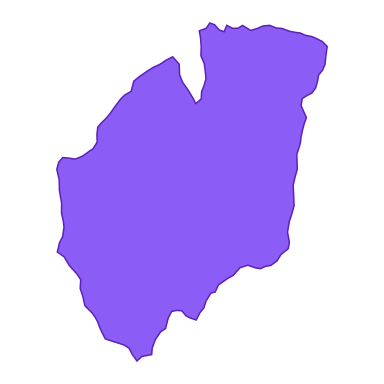 the district of Tarabai, São Paulo, Brazil
{"feature_id": "56859067B13079044962681", "entity_name": "Tarabai", "entity_type": "district", "adm_level": 2, "iso_a3": "BRA", "parent_name": "Brazil", "parent_adm1": "São Paulo", "projection": "equal_earth", "projection_center": [-51.622, -22.363], "detail": "fine", "context": "isolated", "style": "filled", "palette": "violet", "viewbox_px": 384, "rotation_deg": 0, "n_neighbors": 0, "source": "geoboundaries", "source_scale": "gbopen_adm2", "svg_char_len": 1866}
<svg xmlns="http://www.w3.org/2000/svg" viewBox="0 0 384 384"><path d="M199.3,30.8L200.5,37.8L201.2,46.5L200.9,55.8L204.2,63.5L205.1,69.9L206.0,78.6L203.8,86.3L201.6,91.6L201.2,99.0L195.7,103.6L193.2,98.5L188.3,90.4L182.7,82.4L179.6,75.0L179.2,64.2L172.7,56.8L166.3,60.0L159.8,64.4L153.2,67.4L147.6,70.9L139.7,76.3L133.8,81.1L131.1,91.4L124.9,94.9L120.6,99.1L114.3,107.5L109.7,114.1L105.8,118.6L101.2,123.1L97.8,127.0L96.9,134.6L97.2,142.0L93.1,148.7L88.8,151.6L82.4,156.2L75.2,159.1L68.7,158.1L62.8,157.5L58.7,162.2L56.8,169.4L59.2,180.0L59.4,190.5L61.6,203.0L61.5,213.0L63.3,221.3L64.0,227.3L62.6,236.7L59.5,242.7L57.3,252.0L64.1,256.8L69.2,265.4L77.1,274.2L80.7,279.7L80.2,288.5L82.6,295.6L85.0,305.9L88.6,309.4L92.0,312.9L95.1,317.1L97.7,321.9L99.8,327.7L102.3,333.1L105.3,338.9L111.8,341.1L118.0,343.0L124.0,345.0L129.0,348.2L132.2,354.2L136.9,361.0L141.9,356.5L151.7,354.6L152.2,348.2L155.3,339.6L160.4,332.1L165.6,328.4L168.2,318.1L171.7,311.4L176.9,310.4L181.8,310.8L185.9,315.7L190.2,318.0L196.2,320.0L199.8,312.9L203.9,307.9L206.0,301.1L210.9,293.1L215.2,292.0L218.4,285.0L227.0,278.9L233.4,275.2L239.9,267.8L247.8,265.2L255.2,267.8L260.5,268.7L265.4,266.4L270.9,265.4L277.0,260.9L281.0,254.5L288.3,248.6L289.4,242.1L287.5,232.1L289.4,221.3L291.6,214.6L294.1,205.8L293.7,196.6L293.2,185.1L295.2,176.6L297.3,169.2L297.1,162.2L296.8,154.5L298.7,148.7L300.4,143.0L301.1,136.6L302.5,130.2L304.2,123.8L306.4,117.6L303.7,111.6L301.1,105.5L302.3,98.5L307.1,95.5L311.9,93.0L315.7,87.9L317.6,80.9L318.7,74.8L322.5,70.3L325.0,64.5L325.8,56.5L327.2,46.5L322.5,41.7L317.0,38.8L311.7,36.5L306.0,35.5L300.2,33.0L295.6,32.4L290.0,31.4L282.2,28.5L276.0,27.9L269.6,25.3L262.9,26.0L257.2,28.5L250.6,30.4L242.5,25.4L238.1,28.2L232.6,28.3L226.8,25.3L224.1,31.7L219.1,29.9L214.6,24.7L209.8,23.0L206.2,28.3L199.3,30.8Z" fill="#8b5cf6" stroke="#5b21b6" stroke-width="1.5"/></svg>